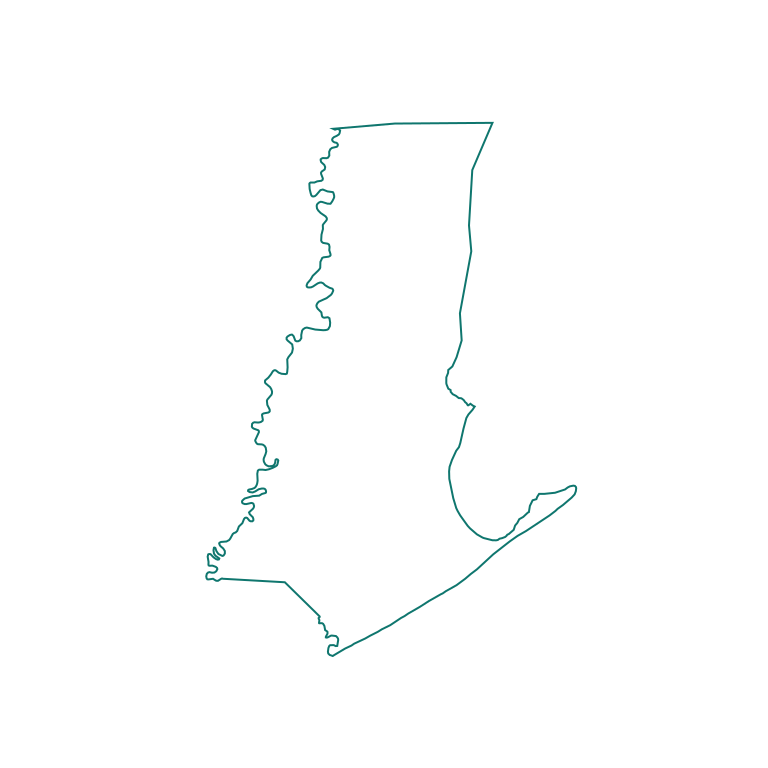 outline of Trujillo, Colón, Honduras, rotated 134°
{"feature_id": "27666195B42436933929514", "entity_name": "Trujillo", "entity_type": "district", "adm_level": 2, "iso_a3": "HND", "parent_name": "Honduras", "parent_adm1": "Colón", "projection": "albers", "projection_center": [-85.893, 15.828], "detail": "fine", "context": "isolated", "style": "outline", "palette": "teal", "viewbox_px": 768, "rotation_deg": 134, "n_neighbors": 0, "source": "geoboundaries", "source_scale": "gbopen_adm2", "svg_char_len": 6166}
<svg xmlns="http://www.w3.org/2000/svg" viewBox="0 0 768 768"><g transform="rotate(134 384 384)"><path d="M615.3,232.0L601.3,228.2L594.7,225.7L591.6,225.1L580.1,220.7L574.6,219.1L566.6,216.3L561.8,215.1L553.2,212.0L540.4,209.2L536.7,208.0L532.3,207.1L519.4,203.4L508.8,200.9L495.9,197.1L493.8,196.3L490.1,195.6L478.4,192.1L467.7,190.3L460.4,189.6L452.8,188.4L430.6,187.1L409.9,184.2L400.4,182.4L391.1,179.7L363.5,173.6L356.2,172.5L353.2,172.4L346.7,171.2L335.4,170.1L331.0,170.2L327.9,171.5L325.5,173.3L324.8,174.3L324.7,175.9L325.6,177.2L328.5,179.2L330.9,180.0L334.1,180.5L343.4,185.4L351.6,192.3L355.3,196.1L358.7,195.4L361.0,194.4L364.4,196.3L370.3,194.4L375.5,190.8L376.6,191.2L382.9,191.5L387.3,192.8L391.3,191.6L394.7,191.4L398.8,189.4L405.3,190.0L406.7,190.6L408.3,190.4L409.9,190.6L412.9,192.0L415.0,193.4L417.2,193.8L418.6,194.8L421.1,197.5L425.4,205.0L426.0,206.4L427.6,212.7L428.1,221.8L427.9,225.3L426.8,231.4L425.6,237.9L424.2,242.8L423.1,245.8L418.0,254.9L406.9,271.1L401.6,276.5L398.0,279.3L391.5,282.3L381.8,285.7L377.4,286.2L373.5,288.1L360.9,295.8L351.3,301.1L347.3,302.1L341.2,302.4L337.2,303.1L337.8,304.9L338.2,308.1L340.7,308.5L341.1,309.0L340.5,311.4L340.7,312.9L340.2,315.4L340.4,317.7L340.7,318.7L342.2,320.5L342.5,323.9L343.6,327.5L343.3,330.6L342.1,331.9L342.7,334.5L340.9,338.6L340.1,339.8L335.9,343.8L331.5,345.6L329.3,347.5L323.9,347.0L314.3,350.4L298.7,358.4L280.4,378.5L227.9,413.4L210.9,433.0L168.8,469.1L120.8,487.4L189.2,557.2L235.8,597.9L235.1,595.9L233.0,594.8L232.5,594.1L232.1,592.7L232.2,591.6L234.4,590.2L235.8,589.8L238.4,590.4L241.2,591.5L243.0,591.6L244.2,591.1L244.8,590.2L244.9,588.9L244.6,587.5L243.5,585.7L243.4,584.7L243.9,583.4L244.8,582.8L246.1,582.7L250.3,585.4L252.5,585.7L255.1,584.7L257.7,582.0L260.1,581.5L261.5,582.2L264.0,585.0L265.2,585.5L266.4,585.6L267.2,584.8L268.0,583.3L267.9,579.1L268.8,577.0L270.9,575.7L274.5,576.4L275.9,576.0L276.6,575.1L278.6,570.8L279.7,570.0L281.3,570.2L284.6,572.8L287.4,574.0L290.1,576.8L291.1,577.0L291.8,576.8L295.4,572.9L297.7,569.3L298.8,567.2L298.8,565.9L298.0,564.9L296.8,564.2L295.0,564.0L288.7,564.4L286.6,563.1L284.7,558.4L281.5,554.1L281.8,552.9L283.0,550.9L284.1,549.7L285.6,549.0L288.7,548.1L291.5,547.7L293.5,549.9L296.1,555.1L297.0,556.2L298.4,556.8L300.4,557.0L301.6,556.8L302.7,556.1L304.3,554.1L304.9,551.8L305.0,548.3L304.0,542.4L304.4,540.4L305.1,539.6L306.2,539.1L311.1,538.7L312.2,538.4L314.9,535.6L320.0,532.7L324.4,528.9L325.0,527.6L324.8,525.8L322.2,522.0L321.9,520.4L323.2,518.4L325.8,516.3L327.8,512.6L328.7,511.8L329.5,511.8L330.9,512.3L334.9,515.5L336.2,516.0L340.3,514.6L344.6,510.7L345.5,510.3L348.0,510.1L355.7,510.4L359.7,509.4L364.7,509.1L366.8,508.2L367.6,507.1L367.5,506.1L366.6,504.9L365.1,503.6L363.2,502.8L357.7,501.6L355.6,500.6L354.5,499.5L353.8,497.6L353.9,495.3L353.6,493.7L352.6,490.0L351.4,487.5L351.4,486.7L351.9,485.6L352.5,485.2L355.0,484.3L356.7,484.1L362.0,484.9L370.1,488.1L372.4,488.0L374.3,487.3L375.3,486.1L375.9,484.1L376.0,478.8L378.1,476.0L378.5,474.8L378.3,473.8L377.8,473.0L375.0,470.8L374.6,468.9L377.3,465.3L380.0,463.1L383.3,462.2L384.5,462.6L386.2,463.8L387.7,465.3L392.6,471.3L397.0,478.7L398.5,479.7L400.7,480.2L402.4,480.0L406.2,477.6L408.5,475.3L411.1,474.8L413.0,475.5L414.1,476.7L414.4,478.0L412.4,482.2L412.3,484.3L412.8,484.9L414.1,485.7L416.9,486.4L418.4,486.2L419.5,485.1L419.7,483.5L419.3,477.5L421.9,474.1L425.3,472.0L431.1,471.4L433.5,470.7L439.0,464.9L442.3,462.2L444.0,461.1L445.2,461.6L447.8,464.8L449.0,467.7L449.3,470.9L449.7,471.9L450.4,472.5L452.0,472.8L455.7,472.0L459.8,471.6L464.0,472.0L465.3,471.0L465.8,469.9L465.4,463.7L466.0,461.5L467.1,459.4L468.4,458.2L469.9,457.5L476.2,457.1L477.4,456.6L480.1,453.4L481.8,448.5L482.9,447.3L483.8,447.1L484.9,447.4L488.7,450.1L490.0,450.6L491.0,450.3L493.9,446.3L494.8,445.8L496.6,446.1L497.8,446.7L499.2,447.8L501.5,450.6L502.7,451.2L504.3,451.2L506.5,449.4L506.8,448.5L506.7,447.0L504.6,442.2L504.8,441.3L505.6,440.5L513.9,437.6L514.5,436.8L515.0,435.3L515.2,433.9L514.9,432.9L512.3,429.9L511.7,428.7L511.5,426.8L512.0,424.8L514.2,421.9L516.7,420.5L521.0,418.8L522.1,418.0L523.3,416.5L524.2,413.7L524.1,412.0L523.3,409.7L520.5,407.3L519.1,406.9L517.7,407.0L516.1,407.7L514.0,409.3L513.3,409.3L512.7,409.0L512.2,407.9L512.5,406.9L515.5,405.0L516.8,404.5L518.4,404.7L521.6,405.8L525.2,407.5L528.1,409.4L530.1,412.0L532.4,414.3L533.9,414.6L536.6,412.8L541.4,407.7L543.7,406.1L545.2,405.4L547.0,404.9L548.7,404.9L551.3,406.1L553.7,407.8L554.7,408.0L555.4,407.5L555.1,405.6L553.2,403.1L550.7,402.0L546.7,401.0L544.1,399.3L542.9,398.1L542.3,397.0L542.3,395.8L543.0,394.4L544.1,393.5L545.0,393.7L547.8,395.4L551.0,396.2L555.8,400.5L563.2,404.7L566.3,404.9L567.3,404.4L567.8,403.7L568.0,402.9L567.2,400.9L566.0,399.6L561.7,396.8L561.0,395.7L560.9,394.7L562.0,392.7L563.3,391.9L564.7,391.6L570.1,391.9L570.9,390.2L571.0,385.8L571.9,384.1L573.0,383.2L574.3,383.4L575.4,384.6L575.8,385.7L575.4,389.3L575.9,390.4L576.9,391.0L578.4,390.9L582.5,389.2L587.3,389.4L591.7,387.5L593.9,387.6L595.2,388.3L596.9,388.6L602.0,387.2L603.8,387.0L606.7,387.9L610.8,391.5L612.5,392.1L613.3,391.7L614.1,389.9L614.2,388.6L614.0,385.4L614.7,382.5L616.4,380.8L617.7,380.4L619.0,380.3L620.0,380.9L621.3,385.1L620.6,388.5L619.1,391.4L619.3,392.2L619.9,392.6L622.0,391.2L624.1,388.5L624.6,386.0L623.9,381.3L624.8,380.9L625.8,381.5L626.6,383.1L627.1,386.2L626.9,390.6L627.8,391.7L628.7,392.1L630.7,390.9L633.9,386.6L635.8,384.9L636.3,384.1L636.0,383.3L633.8,381.2L632.4,378.0L632.3,376.3L632.9,375.3L635.2,374.6L637.4,375.0L639.2,376.6L640.6,378.9L641.9,379.6L643.6,379.6L645.8,378.3L647.0,376.6L647.2,375.4L646.5,374.5L642.9,371.7L642.2,368.3L641.6,367.4L640.9,366.7L637.5,365.9L636.4,365.4L636.1,364.7L595.5,317.6L595.9,268.8L596.4,268.4L597.7,268.5L598.2,268.0L598.7,266.5L601.1,264.7L601.1,264.4L599.1,262.4L598.8,261.2L599.4,258.9L601.9,255.4L601.5,253.2L601.6,252.4L602.9,251.2L606.1,250.3L606.7,249.8L606.3,249.1L605.4,248.5L602.0,247.4L601.2,246.8L598.7,243.5L598.7,241.5L599.2,240.0L600.0,239.1L604.9,235.7L606.1,236.7L606.7,238.7L609.3,241.3L610.5,241.4L612.5,240.6L615.5,238.4L616.6,236.9L616.6,234.8L615.3,232.0Z" fill="none" stroke="#0f766e" stroke-width="2"/></g></svg>